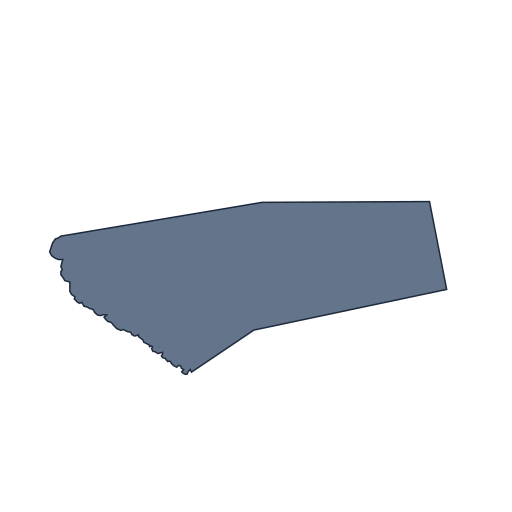 outline of Iebukel, Ngarchelong, Palau, rotated 122°
{"feature_id": "81905179B92886188714488", "entity_name": "Iebukel", "entity_type": "district", "adm_level": 2, "iso_a3": "PLW", "parent_name": "Palau", "parent_adm1": "Ngarchelong", "projection": "robinson", "projection_center": [134.644, 7.699], "detail": "fine", "context": "isolated", "style": "filled", "palette": "slate", "viewbox_px": 512, "rotation_deg": 122, "n_neighbors": 0, "source": "geoboundaries", "source_scale": "gbopen_adm2", "svg_char_len": 1178}
<svg xmlns="http://www.w3.org/2000/svg" viewBox="0 0 512 512"><g transform="rotate(122 256 256)"><path d="M388.7,249.2L319.9,218.5L183.3,76.6L117.9,137.7L207.3,279.3L342.5,432.0L345.6,433.3L347.8,435.2L352.8,435.4L361.9,433.2L364.0,429.5L364.3,425.4L363.7,421.7L361.4,418.0L365.9,416.7L368.5,415.8L370.2,413.0L372.4,413.3L375.3,411.5L376.7,407.8L378.2,405.1L376.7,400.1L384.8,395.0L386.4,391.8L386.5,388.0L388.7,387.4L389.8,383.0L389.6,380.4L387.6,379.2L388.4,377.7L389.8,375.3L388.7,372.2L388.6,368.9L387.7,365.9L389.5,362.5L390.0,359.0L388.8,356.1L386.6,354.3L385.2,351.4L388.4,352.5L389.4,349.9L390.0,346.8L389.0,343.6L390.2,340.2L391.4,335.7L390.7,331.2L388.7,329.6L388.3,325.1L387.0,321.7L388.4,319.7L388.2,316.5L385.3,313.8L386.6,312.9L387.2,307.1L388.6,305.5L388.0,299.5L389.3,298.2L387.7,297.0L388.0,295.5L390.0,295.4L391.5,292.9L390.7,291.0L390.7,287.5L387.2,284.2L388.9,283.1L390.7,283.4L391.7,281.4L391.0,278.7L392.3,275.2L390.8,273.1L392.2,270.1L392.6,267.4L392.3,264.3L389.6,263.5L389.3,261.3L390.7,260.0L390.7,257.1L393.6,257.7L394.1,255.7L393.7,253.0L392.5,251.8L390.2,252.3L387.1,251.6L388.7,249.2Z" fill="#64748b" stroke="#1e293b" stroke-width="1.5"/></g></svg>